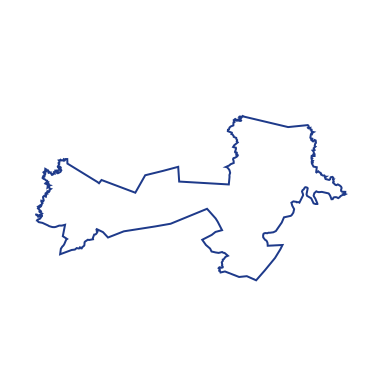 outline of Mariscala de Juárez, Oaxaca, Mexico, rotated 106°
{"feature_id": "50627088B44259809604887", "entity_name": "Mariscala de Juárez", "entity_type": "district", "adm_level": 2, "iso_a3": "MEX", "parent_name": "Mexico", "parent_adm1": "Oaxaca", "projection": "natural_earth1", "projection_center": [-98.113, 17.821], "detail": "fine", "context": "isolated", "style": "outline", "palette": "blue", "viewbox_px": 384, "rotation_deg": 106, "n_neighbors": 0, "source": "geoboundaries", "source_scale": "gbopen_adm2", "svg_char_len": 6010}
<svg xmlns="http://www.w3.org/2000/svg" viewBox="0 0 384 384"><g transform="rotate(106 192 192)"><path d="M105.2,162.3L105.0,164.0L105.5,164.0L106.4,167.1L106.9,167.3L106.8,165.4L107.0,165.0L107.5,165.2L107.5,166.3L109.1,167.0L109.2,165.3L109.7,164.5L110.2,164.7L110.6,166.4L110.1,168.0L111.1,168.4L111.1,169.5L110.2,169.7L109.9,170.6L111.4,171.7L113.1,170.5L113.7,171.3L116.6,170.6L118.3,172.8L119.7,173.7L121.5,173.7L122.2,174.6L123.3,174.4L123.6,175.1L124.0,170.1L125.5,170.0L125.4,169.1L126.6,167.5L127.5,167.1L127.8,164.4L128.8,164.0L129.7,162.9L130.9,163.0L131.7,161.7L135.4,164.3L137.4,164.9L137.5,163.7L137.3,162.1L138.4,161.6L141.7,161.7L142.0,161.3L141.6,161.0L141.8,159.8L143.1,159.6L143.1,160.0L143.5,158.6L143.9,158.6L144.1,159.6L144.5,159.4L144.7,158.2L145.7,158.7L147.2,160.1L148.0,161.4L149.1,161.6L150.8,160.5L152.6,159.9L154.7,162.6L156.2,163.5L158.6,166.3L158.5,165.4L159.4,163.6L160.7,162.0L163.1,160.6L165.4,160.7L167.1,160.1L174.6,158.7L185.5,207.2L171.6,212.2L179.7,225.7L188.8,241.6L208.3,246.3L205.4,282.3L209.2,283.8L208.5,285.5L199.0,319.6L194.7,321.0L195.2,322.7L196.2,322.9L195.8,324.3L196.2,324.4L197.0,323.5L197.3,323.7L197.3,325.5L197.6,326.1L197.2,327.3L197.8,327.7L198.3,328.7L199.1,327.7L199.6,327.6L200.9,328.3L201.3,328.1L201.7,327.3L204.7,328.0L205.2,327.6L205.5,326.6L204.3,326.3L204.1,326.0L204.6,324.9L205.4,324.8L206.0,326.4L206.7,325.9L207.2,325.2L206.7,324.1L207.1,323.6L208.9,324.0L210.8,325.9L211.0,326.3L211.0,326.8L209.6,327.6L209.3,327.6L208.8,326.7L208.3,326.8L208.5,327.8L209.1,328.6L209.1,329.3L209.3,329.3L209.6,328.6L209.9,328.5L210.9,329.4L211.0,329.9L212.1,329.1L212.3,330.2L213.0,330.1L214.0,331.0L214.1,331.4L213.3,331.7L213.2,332.6L212.1,333.2L212.7,334.2L212.4,334.6L213.0,335.2L212.5,335.6L211.7,335.4L211.5,336.0L211.0,336.3L211.4,337.2L210.6,337.8L210.2,339.4L211.6,339.1L212.4,337.9L212.7,338.0L212.9,339.4L214.0,340.2L214.6,339.4L214.6,338.4L215.0,338.0L216.5,338.2L216.8,339.0L217.3,339.2L218.0,338.2L218.4,338.5L218.8,339.5L219.7,339.5L220.3,338.2L220.3,337.2L221.3,335.0L221.2,334.5L221.8,334.5L222.2,334.1L222.0,333.6L222.1,332.9L223.3,333.3L223.8,335.2L224.3,335.4L224.7,332.5L224.5,332.3L223.8,332.5L223.8,331.9L224.8,331.5L224.8,330.3L225.3,330.9L225.3,332.6L225.7,332.5L225.8,331.7L226.8,332.2L227.6,332.1L226.8,331.4L226.7,330.7L228.0,329.7L228.0,328.6L229.1,329.5L230.2,329.2L231.5,329.6L231.6,330.0L230.9,330.9L231.2,331.3L232.2,331.2L233.4,330.6L233.6,331.6L233.3,332.1L233.7,332.4L234.7,332.2L235.1,331.3L236.8,331.2L236.5,333.1L237.6,333.8L238.3,333.7L240.8,332.3L241.7,332.9L241.9,334.4L242.4,334.2L242.6,333.2L243.1,333.8L244.0,332.7L244.6,333.1L245.7,333.0L246.1,333.7L246.8,333.2L247.5,333.3L247.7,333.7L247.2,334.7L248.7,336.1L249.1,335.6L248.8,334.3L250.3,335.4L252.2,331.8L252.6,331.9L252.3,333.4L252.6,333.4L253.0,333.2L253.5,332.3L254.0,330.4L254.4,330.8L256.2,329.6L256.4,329.6L256.4,330.0L256.0,331.7L256.1,332.2L257.0,332.8L256.5,334.8L256.6,335.6L256.8,335.6L257.5,333.7L258.2,333.0L257.3,331.8L257.4,331.0L258.1,330.2L259.6,330.8L261.3,332.9L262.1,333.1L262.1,332.8L262.9,331.7L263.2,330.9L262.9,327.3L263.8,321.4L264.2,319.8L264.2,316.6L263.7,314.5L263.0,313.2L260.9,310.4L260.2,307.9L258.5,305.0L270.1,304.0L271.6,299.1L272.5,299.8L277.3,300.4L279.0,300.9L280.1,301.6L282.7,302.4L288.2,301.6L280.9,291.7L279.6,288.7L277.7,287.4L277.5,285.1L277.1,284.7L276.1,284.5L276.1,283.3L276.7,282.9L276.6,282.5L275.1,282.1L273.4,280.9L272.7,280.8L269.9,281.4L269.1,281.1L266.6,279.0L266.5,277.7L264.7,274.1L263.7,274.6L259.9,274.3L259.4,273.1L258.3,272.4L256.3,271.9L255.5,272.0L255.7,272.8L254.3,273.4L253.8,274.1L255.1,266.5L258.9,260.2L248.6,246.7L235.3,218.0L228.4,203.8L204.0,172.9L210.9,162.0L213.5,159.1L220.4,152.6L223.9,158.4L227.8,161.2L235.1,169.0L239.1,164.0L241.4,159.0L243.8,156.8L243.6,152.7L243.2,149.6L241.4,146.5L241.8,145.1L241.6,143.9L243.4,139.9L245.1,141.9L247.9,143.0L248.5,143.8L249.7,143.4L251.4,144.0L253.5,142.9L254.2,143.0L255.6,141.7L256.1,141.8L256.7,142.8L256.7,144.7L257.1,145.1L257.8,145.4L258.1,144.4L258.6,144.0L259.1,143.9L259.7,144.3L260.3,144.1L260.4,143.2L261.5,142.4L259.3,138.4L260.7,123.3L257.8,116.1L259.2,106.0L247.3,100.4L232.5,94.0L222.8,91.3L218.0,90.4L222.8,104.4L220.3,105.3L219.3,106.0L218.2,107.1L217.8,108.6L216.0,111.0L214.4,111.6L212.8,111.8L211.8,111.2L211.2,110.0L210.9,108.3L210.1,107.3L209.7,105.9L208.3,102.7L206.4,100.6L196.6,97.3L191.0,96.6L187.7,90.5L186.7,89.8L183.9,88.9L180.3,89.1L177.6,91.8L174.9,93.5L173.1,92.0L172.7,88.9L173.0,88.6L172.4,86.9L172.6,85.8L164.5,84.3L163.4,84.8L161.2,86.4L159.7,86.2L158.8,85.4L156.6,84.8L156.0,84.0L156.1,82.4L156.5,81.8L162.6,81.3L164.0,80.3L165.2,75.7L169.4,72.0L169.5,70.0L169.0,68.2L168.5,68.3L164.4,71.6L162.4,73.8L161.8,74.1L159.5,74.1L157.1,72.7L157.3,71.4L157.2,70.0L156.1,67.2L155.7,60.3L156.6,59.1L157.7,58.0L160.5,55.9L160.1,54.8L158.3,54.4L157.5,53.1L157.2,51.5L157.6,49.8L156.5,48.8L154.9,48.0L153.2,46.3L152.8,44.8L151.8,43.8L151.7,45.4L150.9,44.4L149.6,44.7L150.4,47.7L149.8,49.0L148.6,49.3L146.9,49.3L145.8,50.1L145.0,51.8L144.5,53.9L145.6,55.1L145.6,56.1L144.2,58.9L143.7,59.1L143.0,58.6L141.4,59.6L140.7,59.3L140.8,60.0L139.2,60.2L138.8,61.3L139.6,62.7L141.8,62.8L142.6,63.5L142.7,67.2L141.4,68.2L140.4,67.4L140.6,68.1L139.6,69.3L140.1,70.4L139.7,72.7L139.3,72.9L139.0,72.1L138.9,73.2L138.1,73.7L138.1,74.8L137.3,76.3L138.9,77.7L138.7,78.1L133.8,78.9L134.1,82.2L131.6,84.6L130.4,85.1L130.2,84.2L129.6,84.6L128.7,84.3L128.6,85.4L126.9,86.3L126.4,85.8L125.8,86.7L124.3,86.9L124.0,85.7L123.5,86.0L122.2,85.7L123.9,85.0L123.6,84.1L121.8,84.6L121.6,85.2L119.7,86.2L118.8,87.5L117.8,85.8L116.4,87.1L114.4,85.9L114.3,86.6L113.7,86.8L111.1,86.9L110.6,86.4L108.4,87.3L108.2,88.5L109.8,89.2L110.0,89.7L109.0,91.8L108.0,91.6L107.6,90.1L107.6,92.7L107.2,93.2L103.6,93.6L103.1,93.4L103.3,92.6L101.8,92.5L100.9,91.6L101.0,93.6L100.1,94.1L99.4,94.0L99.1,94.3L99.4,95.2L98.3,96.0L97.8,96.0L98.7,97.6L98.3,98.3L97.2,97.7L96.1,98.4L95.8,99.2L103.1,117.5L105.2,162.3Z" fill="none" stroke="#1e3a8a" stroke-width="2"/></g></svg>